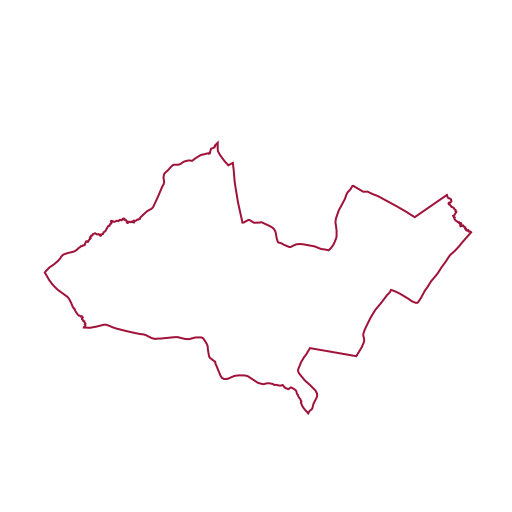 Mueang Roi Et, Roi Et, Thailand (orthographic projection), rotated 119°
{"feature_id": "78962969B98295189925556", "entity_name": "Mueang Roi Et", "entity_type": "district", "adm_level": 2, "iso_a3": "THA", "parent_name": "Thailand", "parent_adm1": "Roi Et", "projection": "orthographic", "projection_center": [103.568, 16.014], "detail": "fine", "context": "isolated", "style": "outline", "palette": "rose", "viewbox_px": 512, "rotation_deg": 119, "n_neighbors": 0, "source": "geoboundaries", "source_scale": "gbopen_adm2", "svg_char_len": 6086}
<svg xmlns="http://www.w3.org/2000/svg" viewBox="0 0 512 512"><g transform="rotate(119 256 256)"><path d="M402.0,371.9L399.5,366.8L398.9,365.9L395.0,361.2L390.1,356.0L389.3,354.9L388.8,353.7L388.4,351.7L387.7,345.8L387.1,342.8L384.2,331.8L381.7,323.5L380.3,319.1L379.2,316.7L378.6,314.0L378.4,307.7L377.8,305.1L377.3,303.7L376.5,302.9L374.6,299.6L366.6,288.1L364.9,285.1L363.0,278.0L361.5,274.8L360.7,273.7L356.7,269.6L354.5,265.8L353.6,264.0L353.6,262.6L353.8,261.8L356.9,256.2L358.4,254.5L361.4,252.5L366.4,248.5L367.1,247.5L367.4,246.8L368.3,241.1L368.2,240.5L369.9,239.2L371.1,237.5L378.0,228.9L379.1,226.6L379.1,224.5L378.6,223.2L376.9,221.0L371.8,217.1L370.7,215.9L368.5,212.8L365.8,207.7L365.1,204.9L366.0,192.7L365.1,189.1L364.6,187.6L364.2,186.9L362.5,185.3L361.7,184.2L360.6,182.1L360.2,180.3L359.7,179.3L360.0,177.7L358.9,175.8L357.8,172.2L356.8,170.8L356.4,170.7L356.0,170.3L356.0,169.6L356.6,168.5L356.9,167.2L357.2,167.0L357.1,166.3L357.2,165.7L356.9,165.1L357.0,164.1L356.8,163.2L354.9,162.2L354.1,161.9L353.9,161.4L353.9,158.0L354.4,155.6L355.1,154.8L356.7,153.4L357.2,152.3L357.3,151.7L358.2,151.0L359.2,149.3L359.6,147.9L360.8,146.7L360.9,146.0L361.2,145.8L362.6,145.6L363.0,144.8L363.5,144.4L364.6,143.1L366.1,140.2L367.5,136.5L367.5,136.0L368.4,134.1L365.5,134.0L362.9,132.9L361.9,132.9L357.2,134.1L350.3,134.3L348.3,134.9L346.8,135.9L344.8,138.8L342.8,145.7L341.1,153.2L338.4,159.9L337.7,161.6L336.9,162.7L336.2,163.4L335.3,164.0L332.9,164.4L330.4,164.6L327.3,165.1L321.2,164.9L318.0,164.4L310.4,164.1L295.0,119.7L284.4,119.3L280.6,119.7L279.0,119.9L277.2,120.5L276.5,121.0L273.4,123.7L272.0,124.4L268.3,125.1L264.9,125.4L253.9,125.9L245.1,125.5L236.3,123.8L226.6,122.4L222.6,121.3L220.2,121.5L219.7,118.8L219.4,116.0L219.2,112.3L219.5,102.2L220.0,97.6L219.6,93.9L218.9,92.4L218.0,91.8L213.0,91.4L204.3,91.5L200.6,91.0L193.2,90.6L185.0,89.0L182.4,88.6L176.4,88.3L168.8,87.3L163.9,87.0L161.2,86.7L154.8,84.5L149.2,83.1L144.8,82.4L130.9,79.3L130.8,79.7L131.1,80.0L130.8,80.6L131.4,81.7L130.5,82.7L130.8,82.9L130.8,83.3L131.4,83.4L131.6,84.5L131.2,85.1L130.5,85.4L130.7,86.4L130.4,86.5L130.1,86.9L129.5,86.9L129.5,88.7L128.9,89.5L129.8,90.1L130.1,90.8L130.8,91.3L130.9,91.6L130.7,91.8L130.2,91.7L129.8,92.4L129.3,92.6L128.9,92.4L129.0,91.9L128.8,91.7L128.3,92.0L127.9,92.5L128.0,92.8L128.8,93.2L128.2,93.6L128.7,94.5L128.0,95.1L128.5,96.3L128.2,97.3L128.2,98.5L127.5,100.2L127.1,100.6L126.1,100.8L126.3,101.6L125.6,102.0L125.5,102.3L125.6,102.6L125.3,103.0L124.7,102.5L124.4,102.4L122.5,102.2L121.3,102.3L120.6,102.1L120.0,102.3L120.2,103.2L118.9,103.9L118.9,104.9L118.1,106.4L118.1,108.1L118.3,108.9L117.6,109.8L117.6,110.4L117.2,111.2L117.4,112.0L117.0,112.9L116.6,113.1L115.9,113.2L115.6,112.9L115.5,112.2L114.3,111.7L113.3,111.6L112.8,112.3L112.2,112.6L111.8,113.1L111.9,114.1L111.8,114.8L112.1,115.7L111.6,117.0L110.8,118.0L110.2,118.3L110.0,118.6L145.1,136.0L144.5,146.3L144.3,157.0L144.5,178.3L145.3,183.8L145.6,189.3L145.7,189.8L147.8,193.4L147.5,204.9L147.7,205.3L148.0,205.6L151.4,205.7L153.6,206.1L155.3,206.6L157.0,206.8L158.6,206.7L162.9,205.9L176.2,205.7L184.7,204.2L187.4,203.1L188.9,202.3L190.1,201.2L194.9,197.7L199.7,195.1L201.1,194.6L205.5,194.0L208.6,193.8L212.6,194.3L214.5,194.8L215.8,195.3L217.0,199.2L218.0,201.6L218.4,203.1L219.2,209.5L222.9,220.4L224.0,222.9L225.5,225.4L226.5,226.6L228.1,227.9L231.4,230.1L231.8,230.8L232.0,231.3L232.7,237.6L232.5,239.3L233.3,243.1L233.2,243.6L230.6,246.4L225.8,250.3L224.6,251.7L223.8,253.3L223.3,254.9L223.1,258.0L223.8,267.4L224.0,268.0L225.0,269.0L227.9,273.9L227.7,278.1L227.8,279.4L228.2,280.2L232.7,283.0L233.4,284.0L218.0,297.6L203.1,309.4L200.0,311.6L191.6,317.2L185.8,321.4L190.1,324.2L188.1,329.9L185.3,336.1L182.9,340.0L180.9,341.4L175.5,344.4L179.4,345.5L179.9,345.3L180.0,344.9L181.3,345.1L181.8,345.6L182.6,346.1L184.0,347.3L186.3,346.9L187.5,346.3L188.6,346.2L188.7,346.7L189.3,346.9L189.1,347.2L189.2,347.5L189.7,347.9L190.2,348.7L191.8,350.2L193.7,352.5L195.0,353.6L200.4,356.6L203.7,358.0L204.9,360.9L205.4,361.7L207.1,363.5L208.1,364.5L209.3,365.3L212.0,366.6L213.2,367.6L214.1,368.6L215.8,371.8L216.5,372.5L217.8,373.1L220.1,373.8L222.7,374.3L228.2,376.1L230.3,375.7L232.3,374.9L235.8,372.2L237.7,371.6L241.2,371.6L251.5,370.5L262.7,369.7L264.2,369.9L265.7,370.5L269.4,372.9L273.2,374.2L278.3,375.8L278.8,375.8L279.6,375.5L280.2,376.2L281.1,376.4L281.7,377.5L282.8,377.8L284.2,378.9L284.1,379.6L284.3,379.9L285.2,379.8L285.6,379.0L285.9,379.0L286.1,379.7L286.0,380.3L285.6,380.7L285.7,381.0L286.2,381.3L287.0,381.6L287.2,381.9L287.1,382.8L287.8,383.8L288.9,383.9L289.5,384.5L289.4,384.8L289.0,384.5L288.1,385.1L288.2,386.2L287.6,387.5L288.2,388.6L287.2,389.2L287.2,389.6L287.4,390.0L288.4,390.7L289.9,390.8L290.1,391.2L290.4,392.6L290.6,392.8L291.9,393.1L292.3,393.3L292.5,394.5L292.8,395.0L294.6,396.3L295.0,396.7L295.1,398.7L295.2,399.4L295.5,399.7L296.3,399.6L296.5,399.4L296.9,398.4L297.7,398.3L299.2,399.2L299.6,399.1L300.5,398.7L301.6,399.8L306.9,399.8L308.1,400.2L309.2,400.8L310.8,400.5L312.4,402.1L312.8,401.4L313.2,401.4L313.6,401.7L313.8,402.5L313.2,403.7L313.1,404.2L314.2,405.4L314.1,407.8L314.7,408.1L315.9,409.2L317.0,409.1L317.5,409.4L318.0,410.0L318.3,410.0L318.4,409.6L318.7,409.4L320.3,410.3L320.5,410.2L321.0,409.2L322.6,409.8L324.2,410.0L324.5,409.7L324.9,409.7L325.3,410.2L325.1,411.1L325.9,411.8L326.6,411.5L328.1,411.5L329.3,411.1L329.6,411.4L330.4,411.8L330.6,412.5L331.7,412.9L332.2,413.8L333.4,414.1L334.8,414.9L337.4,415.7L339.6,416.8L340.9,417.9L344.5,421.9L347.9,425.0L349.3,425.6L351.0,426.0L353.0,426.1L356.0,426.7L361.2,428.6L366.3,431.2L371.2,432.5L372.9,432.7L373.7,431.2L377.5,424.9L379.4,420.6L380.4,417.7L381.7,413.0L383.1,401.2L383.9,399.2L384.5,398.0L386.9,394.6L389.1,391.9L390.2,389.9L390.0,389.3L391.1,388.1L392.2,386.5L393.6,383.5L394.0,382.1L393.6,381.3L393.9,379.7L393.2,379.3L393.2,378.7L393.9,377.6L395.1,377.8L395.6,377.6L395.8,376.6L396.6,375.5L396.3,374.8L396.3,374.5L397.4,373.6L397.5,372.9L397.8,372.5L398.6,372.6L398.6,372.0L399.7,371.5L401.0,371.7L401.5,372.0L402.0,371.9Z" fill="none" stroke="#9f1239" stroke-width="2"/></g></svg>